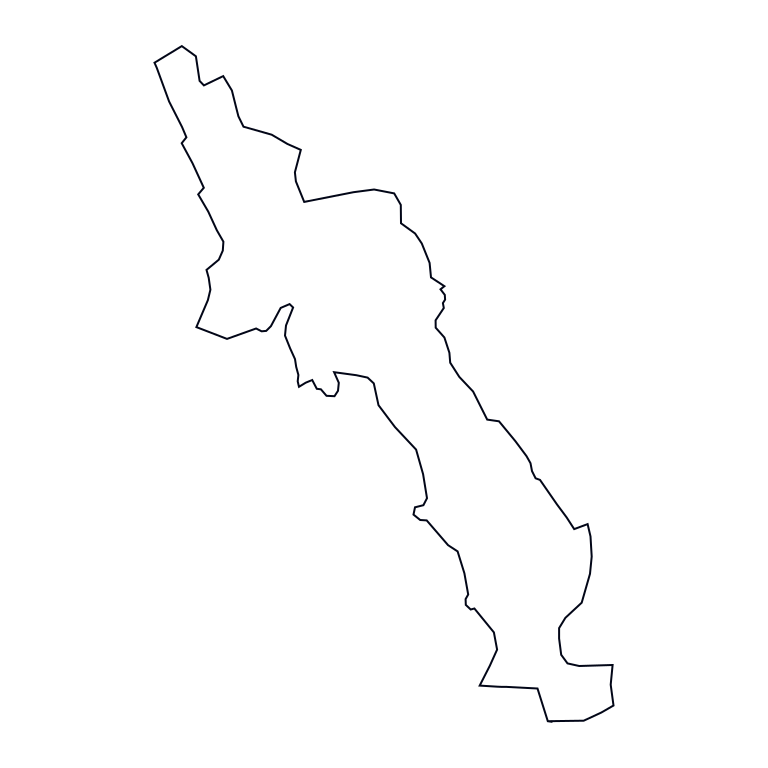 Medani Al Kubra, Gezira, Sudan
{"feature_id": "16777658B51514444411297", "entity_name": "Medani Al Kubra", "entity_type": "district", "adm_level": 2, "iso_a3": "SDN", "parent_name": "Sudan", "parent_adm1": "Gezira", "projection": "mercator", "projection_center": [33.605, 14.33], "detail": "fine", "context": "isolated", "style": "outline", "palette": "ink", "viewbox_px": 768, "rotation_deg": 0, "n_neighbors": 0, "source": "geoboundaries", "source_scale": "gbopen_adm2", "svg_char_len": 1871}
<svg xmlns="http://www.w3.org/2000/svg" viewBox="0 0 768 768"><path d="M479.7,685.6L497.6,686.7L502.3,686.9L506.9,686.9L537.5,688.5L547.8,721.2L552.5,721.9L548.3,721.2L583.7,720.7L601.4,712.5L613.5,705.5L610.7,684.7L612.6,665.0L579.2,666.0L567.5,663.4L561.2,654.8L559.1,638.5L559.1,628.1L565.4,617.8L581.7,602.7L590.0,573.8L591.7,556.6L590.5,536.4L587.6,524.1L574.2,529.1L566.7,517.5L556.9,504.3L540.0,479.9L535.6,478.3L532.0,471.1L530.5,463.2L526.5,456.1L515.4,441.2L499.0,421.3L487.2,419.6L473.1,391.5L469.3,387.5L459.3,376.9L450.2,362.7L449.4,352.8L444.4,337.5L435.7,327.7L435.6,320.3L443.8,308.0L442.9,303.1L445.1,299.6L444.8,294.9L440.5,289.3L444.4,286.2L431.0,277.4L429.6,262.9L421.8,243.5L415.1,233.5L401.0,223.3L400.8,204.9L394.2,193.4L374.1,189.5L353.5,192.2L304.2,201.9L295.9,181.4L294.9,172.3L300.8,149.9L287.5,144.0L271.7,134.7L243.5,126.7L238.4,116.3L235.8,106.1L231.9,90.5L223.2,76.1L203.9,85.4L199.6,80.9L195.9,56.3L181.8,46.1L154.5,62.7L156.8,67.9L169.1,101.5L182.1,127.1L186.4,137.3L181.7,143.2L192.5,163.2L203.8,187.8L198.2,194.4L208.3,211.7L216.8,230.2L223.4,241.7L222.8,250.6L218.8,259.7L206.5,269.9L208.7,277.8L210.4,289.7L207.9,300.1L196.4,327.1L227.0,338.9L256.1,328.5L261.6,331.3L266.2,330.9L270.9,326.2L280.7,307.9L289.6,304.1L293.1,307.5L286.0,325.5L285.0,335.6L290.1,348.3L295.0,359.1L296.2,366.9L298.4,375.0L297.7,381.3L298.8,386.1L299.0,386.8L299.5,386.5L305.7,382.7L312.2,380.0L316.8,388.8L320.9,389.3L326.5,395.8L334.5,396.2L338.0,390.8L338.8,382.8L334.1,372.2L356.3,375.2L367.6,377.6L373.8,383.4L378.5,405.2L387.9,417.7L395.0,427.1L416.1,449.6L423.1,474.2L427.0,498.2L423.4,505.2L415.0,507.3L413.5,514.6L420.2,520.0L426.7,520.4L448.1,545.2L457.6,551.4L464.4,573.3L468.2,594.5L465.6,599.1L465.8,604.9L470.7,609.5L474.4,608.5L493.9,632.4L497.1,649.6L489.9,665.6L485.6,674.0L479.7,685.6Z" fill="none" stroke="#020617" stroke-width="2"/></svg>